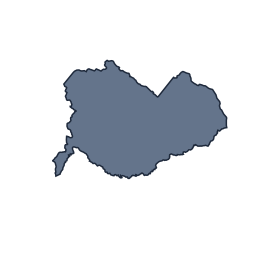 map outline of Rondônia (Natural Earth projection), rotated 308°
{"feature_id": "BRA-595", "entity_name": "Rondônia", "entity_type": "State", "adm_level": 1, "iso_a3": "BRA", "parent_name": "Brazil", "parent_adm1": "", "projection": "natural_earth1", "projection_center": [-63.452, -10.832], "detail": "fine", "context": "isolated", "style": "filled", "palette": "slate", "viewbox_px": 256, "rotation_deg": 308, "n_neighbors": 0, "source": "natural_earth", "source_scale": "10m", "svg_char_len": 5755}
<svg xmlns="http://www.w3.org/2000/svg" viewBox="0 0 256 256"><g transform="rotate(308 128 128)"><path d="M79.5,115.9L79.8,114.8L80.2,114.3L81.0,113.8L81.3,113.2L81.6,111.8L82.0,110.9L81.7,109.7L81.6,107.9L80.9,105.4L80.8,104.3L80.9,103.2L81.6,101.5L81.7,100.8L81.6,100.4L80.7,99.4L80.0,97.3L79.4,96.6L78.9,96.4L78.1,96.5L76.7,97.9L76.1,99.2L75.9,99.6L75.4,99.8L75.0,100.7L73.9,100.4L72.8,99.4L71.9,99.6L72.0,98.5L70.8,99.0L70.6,98.9L70.2,97.9L69.8,98.5L69.8,99.3L69.4,99.2L69.1,98.6L68.4,99.2L66.4,98.9L65.0,99.8L64.5,99.9L63.1,99.3L62.8,99.4L62.4,99.9L62.0,99.6L60.7,99.7L59.1,100.7L56.8,101.1L55.0,102.1L53.1,102.0L50.3,102.6L49.9,102.9L45.7,100.8L46.9,99.6L47.7,98.3L48.8,98.3L50.3,96.7L51.1,96.0L52.7,95.5L53.6,94.9L55.9,91.8L56.0,90.9L55.7,89.3L55.8,88.9L56.0,88.8L58.1,89.1L59.3,88.9L60.5,89.2L61.6,89.4L65.2,88.8L66.3,88.9L67.1,89.4L68.3,91.1L69.0,91.4L69.3,91.9L70.2,92.5L70.6,93.3L71.0,93.4L72.8,92.4L73.0,92.1L73.3,90.7L73.5,90.4L75.5,89.1L76.3,89.1L76.8,89.4L77.4,90.2L78.1,90.3L78.3,90.0L78.5,89.0L78.8,88.5L80.8,86.7L83.7,84.7L84.0,85.1L84.1,85.9L84.6,86.6L84.6,87.8L84.9,88.6L85.9,89.6L86.9,89.6L87.8,88.8L88.5,87.4L89.4,86.6L89.7,85.4L90.6,84.5L90.9,83.9L90.9,83.1L90.4,81.4L90.6,80.8L91.8,78.9L93.9,77.4L94.5,77.4L95.8,78.3L98.2,78.5L98.9,78.3L99.8,77.2L100.7,76.6L101.4,76.5L101.9,76.9L102.4,77.0L103.5,76.0L105.9,76.1L107.2,76.4L108.1,76.0L109.2,76.7L109.4,76.6L109.5,76.1L109.1,74.1L109.4,72.7L109.1,71.9L109.1,69.4L109.5,69.1L110.1,69.9L110.5,69.9L112.1,69.2L112.9,67.7L113.5,67.0L114.1,65.3L114.0,64.8L113.7,64.3L112.6,63.3L112.4,62.8L112.5,62.2L113.6,60.8L114.2,59.6L114.6,59.1L116.3,58.8L118.4,58.0L118.4,57.5L118.2,56.4L118.5,55.9L119.0,55.6L121.8,55.0L122.1,54.8L122.2,54.3L121.9,52.6L123.1,50.4L138.1,50.7L139.8,50.9L142.1,52.0L143.5,53.6L143.7,54.1L143.7,54.9L144.4,56.4L146.3,58.3L146.7,60.4L148.7,60.0L149.6,60.2L150.4,60.7L150.7,61.2L150.8,62.0L151.3,63.1L152.3,66.3L153.0,66.6L154.4,66.5L155.2,66.9L155.3,68.0L155.7,69.1L156.1,71.2L156.5,71.8L157.5,71.9L159.0,72.4L159.4,72.7L159.9,73.5L160.3,73.9L161.6,74.3L162.1,74.1L162.5,73.7L162.8,71.6L163.2,70.8L163.6,70.6L164.7,70.5L165.7,69.4L166.0,69.3L168.4,69.9L168.6,70.5L168.5,71.5L170.9,73.6L171.4,74.6L171.5,75.5L170.4,77.7L169.8,80.5L169.8,81.3L170.4,83.2L170.4,84.0L169.0,84.4L168.9,85.4L168.5,86.6L168.7,87.2L169.7,88.1L169.8,88.4L170.0,89.0L169.9,90.4L170.6,93.3L171.6,95.0L171.6,95.3L171.0,96.0L170.6,97.1L169.9,97.4L169.6,97.7L170.1,98.6L170.3,100.0L170.7,101.7L170.3,103.5L170.4,104.8L169.4,106.8L169.2,108.8L169.3,109.3L169.8,110.3L169.6,111.6L169.6,112.4L170.6,114.9L171.6,116.3L171.8,117.1L171.0,124.0L171.2,124.3L171.8,124.6L171.9,124.9L171.6,126.3L171.4,126.5L170.9,126.4L170.6,126.8L170.9,128.9L170.6,131.7L170.8,132.3L171.8,132.5L196.0,132.7L196.1,132.8L195.9,133.7L196.1,134.0L197.6,135.6L198.1,135.5L199.0,134.7L199.5,134.7L200.6,135.4L201.8,135.8L202.9,135.5L203.9,135.7L204.7,135.7L206.3,136.5L206.8,138.0L207.3,140.2L208.3,142.5L208.4,143.1L208.0,144.0L207.1,144.8L206.6,145.9L206.0,146.9L204.2,148.5L203.9,149.0L203.8,150.6L203.9,153.0L204.2,154.3L204.3,156.0L204.6,157.1L205.1,157.5L206.0,157.3L206.6,157.7L207.6,160.3L207.8,161.4L208.7,162.8L208.9,163.5L208.9,167.1L209.5,168.9L210.3,170.6L210.3,171.2L208.3,176.9L206.2,179.7L205.2,184.0L203.9,185.6L202.3,186.1L201.6,186.6L199.9,188.9L199.8,189.3L199.8,190.7L197.9,194.8L197.1,198.9L196.6,199.6L194.7,200.7L190.6,203.9L189.1,205.6L187.3,203.9L185.7,203.2L185.1,202.5L182.1,202.1L181.7,201.5L181.7,200.4L181.5,200.1L180.9,200.5L179.9,200.7L179.5,200.9L179.4,201.5L179.2,201.6L177.6,201.6L176.8,201.8L176.1,201.3L174.5,200.9L171.9,202.3L170.8,202.4L169.7,202.1L168.7,201.3L166.4,201.6L165.4,202.1L165.0,201.9L163.6,202.3L163.0,202.2L162.8,201.9L162.2,199.9L161.3,199.2L160.2,198.0L159.1,197.3L158.8,196.5L158.4,196.3L156.7,194.2L156.5,191.5L155.9,191.4L155.4,190.7L155.2,190.6L155.1,191.2L154.3,190.7L152.4,191.3L151.9,191.1L151.7,191.3L151.4,191.4L150.3,191.2L149.7,190.9L149.3,190.9L149.1,190.4L148.2,189.3L146.2,189.2L144.2,188.2L144.0,187.2L143.1,186.4L142.8,186.5L142.3,186.9L141.2,187.1L141.2,187.7L140.7,187.4L140.0,186.7L139.7,185.9L138.9,185.6L137.4,183.2L136.8,183.5L136.1,183.1L135.6,182.2L135.4,181.3L134.6,180.3L134.8,179.7L134.4,179.2L134.3,178.2L134.0,177.9L132.6,177.3L131.9,177.7L131.5,178.3L131.0,178.3L130.2,179.1L128.3,179.2L127.3,178.5L126.5,178.2L125.7,177.4L125.5,176.9L124.9,176.6L124.8,175.8L124.4,175.3L123.1,175.0L121.7,173.8L120.3,173.0L117.0,172.4L115.5,172.8L114.2,174.9L113.7,174.9L113.0,174.3L111.8,174.7L111.3,173.9L109.9,173.9L109.5,173.4L108.9,174.2L108.7,174.1L108.0,173.3L107.3,173.0L106.8,173.0L106.0,173.6L105.6,173.6L105.3,172.7L105.0,172.6L104.0,172.8L103.0,172.5L102.3,171.8L101.7,170.7L100.8,170.2L100.7,169.7L101.2,168.7L101.3,167.4L101.2,166.9L100.8,166.5L100.4,166.4L100.3,166.6L99.4,166.0L98.4,165.9L96.7,164.9L96.1,164.2L96.3,163.4L96.1,162.8L95.7,162.9L95.6,163.0L95.5,164.0L95.2,164.1L94.9,163.9L94.8,163.6L95.0,163.3L94.3,162.3L93.7,160.9L92.6,160.4L92.1,160.7L90.6,160.2L89.6,160.2L88.9,159.9L88.4,159.1L88.5,158.6L88.9,157.8L88.9,157.5L88.7,157.2L88.2,156.9L88.0,156.7L87.9,155.0L87.5,154.1L87.3,153.2L86.1,152.4L86.1,151.5L85.7,151.8L85.4,153.5L85.2,153.8L84.9,153.7L84.2,152.9L84.1,152.5L84.1,151.5L84.4,150.6L84.3,149.9L84.3,149.7L84.9,149.4L84.2,148.8L83.6,148.6L83.5,147.9L83.7,147.1L83.6,146.8L82.7,146.1L81.9,146.4L81.3,145.6L80.5,143.1L81.1,141.6L80.0,140.7L79.7,140.2L79.7,139.5L80.2,139.0L80.3,138.6L79.4,137.5L79.5,136.8L80.8,135.5L80.9,135.0L80.7,133.5L81.7,132.1L81.7,131.7L81.4,131.2L81.3,128.9L81.1,128.5L80.3,127.7L79.4,127.4L79.3,127.1L79.6,125.8L79.8,124.3L79.7,123.5L78.5,122.3L78.7,120.6L78.4,119.6L78.5,118.9L78.2,118.0L78.8,117.9L79.1,117.5L79.6,116.3L79.5,115.9Z" fill="#64748b" stroke="#1e293b" stroke-width="1.5"/></g></svg>